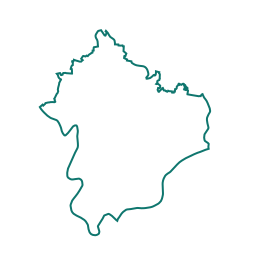 Hung Ha, Thái Bình, Vietnam (Albers equal-area conic projection), rotated 261°
{"feature_id": "81297802B42785936874032", "entity_name": "Hung Ha", "entity_type": "district", "adm_level": 2, "iso_a3": "VNM", "parent_name": "Vietnam", "parent_adm1": "Thái Bình", "projection": "albers", "projection_center": [106.238, 20.593], "detail": "fine", "context": "isolated", "style": "outline", "palette": "teal", "viewbox_px": 256, "rotation_deg": 261, "n_neighbors": 0, "source": "geoboundaries", "source_scale": "gbopen_adm2", "svg_char_len": 5743}
<svg xmlns="http://www.w3.org/2000/svg" viewBox="0 0 256 256"><g transform="rotate(261 128 128)"><path d="M225.4,110.9L224.3,110.4L223.1,110.3L221.9,110.5L219.8,111.3L218.2,111.5L213.2,111.1L213.1,107.0L212.5,106.6L210.4,106.2L210.2,106.3L209.9,106.2L210.0,105.4L210.0,105.2L209.4,105.2L208.7,104.8L208.0,104.7L207.9,104.4L207.9,103.7L207.7,103.5L207.6,103.2L207.2,102.7L207.0,102.0L206.5,100.9L205.3,99.5L206.0,98.4L205.3,97.3L206.1,95.2L206.0,94.7L203.7,92.6L202.1,93.9L201.4,92.7L200.9,92.1L201.1,90.8L201.3,90.3L202.1,88.7L202.6,87.5L203.8,85.3L203.2,85.2L202.9,85.0L202.7,83.3L202.1,83.2L201.7,83.9L199.6,83.4L199.0,83.4L198.7,83.3L198.4,82.3L197.8,81.8L195.3,80.6L195.0,81.0L194.9,81.7L193.0,81.6L191.6,81.3L190.7,81.3L190.5,81.2L191.8,75.7L192.2,74.9L192.4,72.9L192.1,72.9L191.6,71.9L191.4,71.7L190.9,71.6L190.9,71.3L190.7,70.8L190.7,70.3L190.8,70.1L191.3,69.8L192.4,69.7L192.8,69.6L192.9,69.4L192.7,66.2L192.3,66.4L191.6,66.9L189.1,67.3L188.2,67.7L187.1,68.5L186.5,69.4L186.2,69.4L185.5,68.7L184.3,67.9L183.5,67.2L181.8,66.7L178.9,65.4L176.8,64.7L175.2,64.8L173.3,63.7L172.9,63.0L169.3,60.5L168.4,59.7L167.9,60.0L167.5,60.1L167.0,59.9L165.5,60.3L165.2,60.2L165.0,59.4L165.4,57.6L165.7,55.4L165.6,54.4L165.7,53.1L165.5,50.4L165.0,50.1L164.7,49.8L163.4,47.8L164.4,47.3L162.5,44.2L160.5,45.0L158.1,46.4L156.2,47.7L152.8,50.3L150.2,53.0L149.6,53.9L147.1,58.4L146.7,58.9L146.0,59.5L143.6,60.6L140.3,61.5L138.3,61.9L135.5,62.1L134.3,62.4L133.0,62.8L131.8,63.4L130.8,64.0L130.6,64.3L130.5,64.7L130.6,65.3L132.4,67.9L134.8,70.5L137.8,73.6L138.2,74.1L138.8,75.7L138.8,76.6L138.7,77.1L138.5,77.5L137.9,77.8L137.0,78.0L133.2,78.0L132.0,77.8L128.9,76.9L127.9,76.6L126.7,76.5L120.9,76.1L118.4,75.8L117.0,75.4L116.0,74.9L111.8,71.8L97.3,62.4L93.7,61.1L92.9,60.9L90.4,60.6L89.7,60.6L89.0,60.8L88.2,61.2L86.6,63.0L86.1,64.0L85.9,64.8L85.8,65.8L85.8,67.6L85.7,71.0L85.6,71.8L85.1,72.6L84.2,73.6L82.8,74.2L81.7,74.3L79.1,74.2L78.2,73.9L74.0,70.5L71.1,67.9L68.8,65.5L66.8,63.3L65.0,61.5L61.5,59.5L60.3,59.1L59.3,59.1L55.6,59.2L54.0,59.6L53.0,60.1L51.8,60.9L51.1,61.7L49.6,63.4L46.8,67.4L44.0,70.5L42.3,71.7L41.1,72.2L39.2,73.0L38.4,73.2L34.2,73.2L31.7,73.6L30.9,73.8L30.0,74.3L29.2,74.8L28.6,75.5L27.9,76.6L27.3,78.6L27.2,79.4L27.4,80.9L27.9,82.2L28.4,82.8L29.8,83.4L30.5,83.5L35.1,82.9L35.6,82.9L36.0,83.1L42.5,88.8L45.0,90.6L45.3,90.9L45.4,91.3L46.1,94.5L46.2,95.0L46.1,95.6L45.6,96.4L43.7,98.4L40.8,100.6L38.8,102.1L38.0,102.9L39.4,103.6L40.1,104.1L40.9,105.0L44.5,108.3L45.9,110.1L47.5,113.2L47.7,114.4L47.5,118.1L47.6,124.5L47.4,125.6L46.6,128.9L46.3,131.4L46.2,132.6L46.2,137.7L46.4,139.5L46.7,140.8L47.2,142.4L48.4,145.8L48.9,146.8L49.9,148.1L50.7,149.1L52.7,150.4L54.0,151.0L56.3,151.9L57.3,152.2L58.7,152.4L67.1,153.4L68.6,153.7L70.6,154.4L72.5,155.4L73.3,156.0L74.9,157.2L75.6,158.0L76.7,159.9L77.7,162.2L78.2,163.1L84.3,170.9L86.1,173.5L87.4,176.1L89.1,180.3L91.8,189.4L92.6,192.7L93.1,195.6L94.4,201.4L94.8,204.4L96.7,204.4L99.6,205.2L100.0,205.1L100.8,204.5L102.4,202.8L103.2,202.0L104.2,201.7L106.6,201.7L109.5,202.5L110.0,202.8L114.8,207.2L115.2,207.3L115.6,207.5L116.7,207.5L120.1,207.2L122.6,207.2L123.5,207.2L124.6,207.4L125.5,207.6L126.6,208.2L128.7,209.6L130.7,211.2L131.3,211.6L132.0,211.8L134.6,211.8L140.3,210.5L142.6,209.8L145.0,208.6L146.0,208.0L148.2,207.3L149.8,206.9L149.7,206.4L149.2,205.6L148.1,204.8L148.3,204.2L148.3,202.9L150.4,196.6L151.8,192.5L152.0,192.0L152.3,192.0L153.9,192.6L155.4,193.1L155.6,193.1L155.8,192.7L156.4,191.8L156.6,191.4L156.5,190.9L156.9,190.4L157.1,189.6L157.6,189.4L157.7,189.5L157.7,190.0L158.1,190.2L158.2,190.4L157.9,191.0L158.0,191.5L158.0,191.8L157.9,191.9L157.4,191.8L157.4,192.2L157.1,192.5L157.3,192.8L157.5,192.9L158.5,192.9L158.9,192.3L159.5,191.9L159.3,191.1L159.7,190.3L159.8,190.3L160.0,190.3L160.0,190.7L160.2,190.9L161.1,191.3L161.3,191.2L161.0,190.4L161.1,190.2L161.5,190.0L162.7,190.1L163.0,189.7L163.1,189.3L163.0,188.9L162.4,187.8L162.3,187.5L162.8,187.0L162.7,186.6L163.3,186.0L163.8,185.3L163.8,185.0L163.6,184.8L163.2,184.7L162.4,184.8L162.3,183.8L161.3,182.8L160.9,182.5L159.9,182.4L159.5,182.2L158.9,181.4L159.0,180.6L156.7,180.0L156.9,179.3L155.8,178.8L156.1,177.1L157.3,177.1L158.0,174.2L158.5,173.5L158.1,173.2L158.0,172.8L157.7,172.5L157.7,172.3L158.5,171.7L158.5,171.1L159.3,170.5L159.4,169.7L159.5,169.3L160.0,169.1L161.9,168.8L162.1,168.7L161.9,168.1L161.2,167.5L160.4,166.1L158.9,164.2L159.1,163.8L160.6,163.3L161.4,163.3L161.9,163.7L162.8,163.9L162.9,164.0L162.4,165.1L162.6,165.7L162.9,166.0L163.1,166.2L164.1,166.2L164.8,166.4L165.1,166.2L167.2,164.3L167.3,164.2L166.9,163.7L166.9,163.2L167.1,162.8L167.9,163.7L168.4,164.2L169.6,164.2L169.8,164.4L170.2,165.0L170.3,165.7L170.5,166.4L170.8,166.7L171.5,166.7L172.0,167.2L172.9,167.2L175.7,167.8L176.3,167.8L177.3,167.2L178.2,167.6L179.6,164.5L178.8,164.4L176.9,163.9L176.0,163.4L175.7,162.9L175.7,162.7L176.2,162.5L176.3,162.4L176.3,161.7L176.1,161.3L175.3,160.2L174.4,158.7L173.9,157.6L173.7,155.0L173.8,154.1L175.0,154.0L175.8,155.0L176.9,156.1L177.4,156.4L178.5,156.6L179.0,156.6L180.4,156.5L182.2,156.2L183.2,155.9L184.7,155.1L185.6,154.3L186.3,153.3L186.7,152.4L187.6,149.2L188.5,146.5L189.2,145.1L190.1,143.8L191.6,142.1L192.3,141.8L193.3,141.8L194.8,137.5L195.7,137.8L195.9,137.8L196.7,136.4L197.7,135.1L199.6,135.6L199.7,135.8L199.3,136.6L201.8,138.0L204.6,135.6L209.3,136.6L209.5,135.7L210.4,135.5L210.5,133.7L211.0,131.5L212.0,131.5L212.6,128.2L214.0,128.4L215.7,128.4L216.4,128.4L217.3,128.1L218.2,127.4L220.3,125.2L220.8,124.7L222.7,123.8L225.1,122.9L227.4,121.4L226.9,121.0L225.5,122.0L225.2,122.1L224.4,121.2L223.8,120.7L223.0,120.4L222.9,120.3L222.8,120.2L223.0,119.6L223.2,119.3L228.8,116.7L228.6,114.3L228.3,113.4L226.7,112.0L225.4,110.9Z" fill="none" stroke="#0f766e" stroke-width="2"/></g></svg>